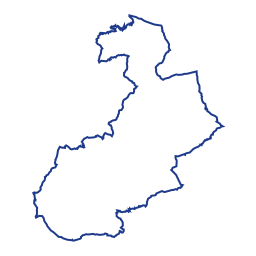 the district of Bezdead, Dâmbovita, Romania
{"feature_id": "2599482B78531328566142", "entity_name": "Bezdead", "entity_type": "district", "adm_level": 2, "iso_a3": "ROU", "parent_name": "Romania", "parent_adm1": "Dâmbovita", "projection": "equal_earth", "projection_center": [25.509, 45.163], "detail": "fine", "context": "isolated", "style": "outline", "palette": "blue", "viewbox_px": 256, "rotation_deg": 0, "n_neighbors": 0, "source": "geoboundaries", "source_scale": "gbopen_adm2", "svg_char_len": 5803}
<svg xmlns="http://www.w3.org/2000/svg" viewBox="0 0 256 256"><path d="M72.2,240.3L72.4,239.9L73.1,240.6L73.8,240.6L80.0,238.8L81.0,238.0L81.0,236.9L82.9,235.1L83.9,235.1L86.0,234.2L88.0,234.5L93.2,233.9L95.2,234.6L96.8,234.3L99.4,234.9L103.9,234.4L105.1,233.5L107.3,234.1L107.3,235.4L111.0,235.6L111.7,236.0L111.7,236.4L114.1,237.0L114.4,236.5L115.7,235.9L116.1,235.2L118.8,233.8L119.4,232.6L119.7,231.0L120.7,231.3L121.6,232.5L122.7,232.5L123.7,231.2L123.7,229.4L122.7,229.2L120.9,227.7L122.8,225.8L122.7,222.3L121.6,220.4L120.9,219.7L120.6,218.7L118.7,218.0L116.7,216.3L116.6,213.6L116.3,213.1L117.4,212.7L117.2,212.0L117.9,211.6L117.3,210.4L119.4,210.8L119.2,211.0L120.0,211.7L122.1,212.2L124.4,211.6L125.1,211.9L126.0,211.5L126.4,210.6L127.5,210.9L128.6,211.8L128.9,211.2L128.7,209.6L129.5,210.2L129.3,209.7L129.7,208.6L130.0,209.1L132.7,208.6L134.4,208.9L134.6,208.4L134.8,208.8L136.4,207.8L138.3,207.4L139.0,206.0L139.4,206.1L139.5,206.9L140.4,206.7L140.6,206.1L141.4,205.9L142.4,206.5L142.1,206.2L143.1,205.3L145.0,205.5L145.5,206.5L146.2,205.9L146.9,204.2L146.9,202.3L148.1,198.7L151.0,196.9L151.3,195.8L155.2,195.3L156.1,194.5L156.3,193.5L161.9,191.1L164.3,192.0L165.3,191.9L172.3,189.9L173.7,190.0L174.9,189.3L176.1,189.2L177.0,189.7L178.1,188.2L179.3,187.7L180.5,187.9L181.0,187.1L181.8,186.7L181.7,186.1L182.6,185.1L180.8,184.7L176.1,174.9L171.3,170.0L171.9,169.6L172.6,167.8L176.4,166.3L176.7,161.3L176.6,160.2L175.9,159.1L175.5,157.6L175.6,156.1L178.1,156.4L183.4,154.4L185.0,154.8L185.0,153.9L186.9,153.1L189.8,152.5L193.2,149.1L195.8,147.6L197.9,146.9L199.8,145.5L200.2,144.6L201.6,145.1L201.9,143.8L202.8,143.5L203.9,141.5L204.8,140.9L204.7,140.5L205.1,140.1L206.3,140.2L206.9,140.0L207.2,139.1L208.6,139.3L209.7,138.4L210.6,138.6L210.9,137.9L210.4,136.9L211.5,134.6L212.9,134.6L213.1,132.9L213.5,132.2L216.2,130.2L216.6,128.9L217.2,128.3L220.1,127.7L221.4,126.5L222.7,126.3L220.7,125.0L219.9,123.7L216.5,121.6L217.3,120.9L216.8,117.4L214.9,115.9L211.2,114.3L209.3,112.4L207.3,111.1L207.3,109.7L206.7,108.5L206.3,108.4L205.6,109.2L205.3,108.9L205.3,108.1L205.9,107.0L205.3,103.9L203.5,102.9L202.2,100.7L201.6,97.5L202.1,96.5L201.4,95.5L201.5,93.8L199.2,91.5L199.6,89.2L199.4,85.6L197.9,82.8L197.3,78.7L197.4,76.9L196.8,75.2L196.6,71.4L186.9,73.8L184.0,73.9L182.7,74.5L179.2,74.9L176.2,74.5L171.9,76.0L169.3,77.6L164.8,78.7L163.1,79.8L160.6,78.1L160.0,76.3L157.8,75.3L156.8,73.8L156.0,71.2L156.2,69.5L155.7,67.6L155.9,66.9L159.3,63.5L161.5,63.0L162.4,62.2L164.3,58.2L164.2,56.8L165.9,53.5L166.8,52.5L168.3,51.9L168.6,50.7L170.0,50.1L169.2,48.8L168.7,47.0L169.1,45.2L168.9,43.9L167.0,40.7L165.5,39.0L164.6,36.0L164.1,35.3L163.9,33.5L162.2,31.1L162.6,30.2L161.9,28.7L162.2,27.7L161.3,25.6L154.3,24.5L144.8,21.1L142.4,19.7L141.7,18.9L138.5,18.5L136.2,17.1L129.4,15.4L129.4,16.4L132.6,19.3L133.3,21.7L133.3,22.4L132.1,22.6L132.3,23.4L131.6,23.6L131.8,24.9L131.6,25.2L130.9,24.7L130.6,23.6L130.1,24.3L129.5,23.9L129.4,24.7L128.8,24.3L127.5,24.5L125.8,26.8L126.0,27.5L124.9,28.6L124.3,27.8L124.3,27.3L124.0,27.3L124.3,26.5L124.2,25.5L123.6,26.8L123.4,29.1L122.4,30.5L121.6,29.6L122.4,28.6L122.2,28.2L121.4,28.4L120.6,28.0L120.1,29.4L119.0,28.1L119.3,27.2L118.2,26.2L117.2,26.8L117.1,26.2L116.5,26.6L115.6,26.1L115.4,25.4L114.6,26.3L113.9,26.5L113.9,26.1L111.9,27.0L111.6,26.5L110.1,27.8L111.6,27.4L111.4,28.4L113.9,29.0L114.6,28.6L115.3,28.7L115.2,30.0L115.8,31.0L114.8,31.4L111.1,31.1L110.9,31.6L110.3,31.6L110.9,32.5L109.7,31.7L108.6,32.1L108.3,33.0L107.4,32.1L105.6,33.5L104.0,33.0L103.3,33.9L102.5,34.1L102.1,33.9L102.4,33.0L100.5,32.8L99.9,33.5L100.6,34.3L98.2,36.1L98.5,37.9L96.6,39.0L96.4,39.7L96.9,40.0L97.1,40.7L96.4,42.4L97.8,44.2L99.5,44.9L100.8,46.0L101.2,47.1L102.4,48.5L101.4,49.4L100.8,53.7L99.5,56.6L99.2,58.8L98.6,60.6L99.3,62.4L101.2,60.8L106.4,61.3L107.4,60.7L108.3,59.4L109.3,59.4L109.7,59.9L109.9,59.4L110.6,59.3L110.1,58.4L110.9,57.5L112.0,57.3L112.8,57.7L114.5,57.0L115.7,57.5L116.7,56.0L118.4,55.1L119.5,55.3L121.2,54.9L121.6,55.3L124.1,54.6L124.4,55.1L128.6,56.0L128.7,56.3L128.1,56.7L127.2,58.5L127.3,61.8L126.8,63.2L127.3,66.8L126.9,69.6L125.9,70.2L124.6,72.7L124.1,72.8L124.0,75.6L124.6,76.5L127.7,78.0L128.8,79.5L130.5,80.8L132.3,81.5L132.4,82.6L134.2,83.1L134.7,85.0L136.0,86.3L136.9,86.5L135.3,88.5L134.3,88.6L134.0,89.1L134.1,91.2L133.7,92.8L133.0,93.3L131.4,93.0L130.1,93.4L128.8,95.0L127.6,97.3L125.5,99.0L124.4,99.4L123.3,100.6L122.4,104.7L123.0,106.7L122.9,107.7L121.5,110.0L119.8,110.2L119.1,110.7L118.8,113.7L118.1,114.6L117.8,116.5L116.7,117.9L116.5,119.1L115.7,119.9L113.1,120.4L111.3,121.2L110.7,122.0L109.0,122.5L108.6,123.9L110.1,125.3L110.9,125.4L111.7,127.5L111.7,129.1L112.5,130.2L113.2,133.1L111.9,136.2L110.2,134.7L108.3,134.5L105.2,133.1L104.3,134.1L103.3,136.1L103.4,138.1L102.6,139.0L101.5,137.3L99.1,136.3L97.8,135.4L96.0,136.0L96.2,136.7L93.8,137.4L88.6,137.8L87.4,137.1L84.0,138.9L81.8,141.8L83.3,144.0L83.2,145.1L82.8,145.1L82.9,145.9L83.9,145.8L83.8,146.7L84.2,147.3L83.6,147.5L82.5,146.9L80.3,146.5L80.3,145.9L78.9,146.5L77.5,148.7L77.0,148.2L75.9,149.0L74.6,148.5L71.8,149.4L70.4,149.0L68.7,147.1L66.1,145.4L64.9,146.5L65.0,147.9L61.4,147.5L59.8,146.8L58.0,150.3L57.1,155.8L55.9,159.0L55.4,159.7L55.5,160.4L54.9,162.9L55.3,163.4L55.4,164.3L56.7,164.7L55.3,167.4L52.2,168.2L51.2,169.4L50.9,171.0L49.4,172.4L48.1,174.6L46.4,175.4L46.1,176.4L44.9,177.0L45.1,178.3L44.5,180.5L42.7,182.4L41.7,185.5L40.5,187.3L40.4,188.2L40.8,189.4L39.8,190.8L37.4,192.6L35.8,192.8L34.3,192.4L33.3,193.0L33.9,194.3L34.4,194.4L34.8,198.2L35.4,199.4L34.9,199.6L35.3,200.5L34.3,200.6L34.1,203.2L37.2,207.9L36.8,210.1L37.0,211.0L36.9,214.7L35.7,216.4L36.1,217.6L39.0,215.9L42.3,216.1L43.7,218.3L44.4,221.2L46.6,224.3L47.4,226.2L51.0,230.6L53.5,232.2L58.6,236.8L61.5,237.1L62.8,238.2L67.3,239.7L72.2,240.3Z" fill="none" stroke="#1e3a8a" stroke-width="2"/></svg>